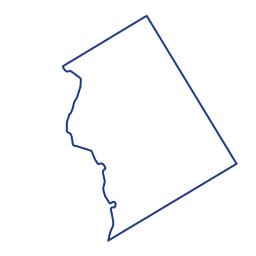 outline of Wichita, Texas, United States of America, rotated 239°
{"feature_id": "52423323B53531362245787", "entity_name": "Wichita", "entity_type": "district", "adm_level": 2, "iso_a3": "USA", "parent_name": "United States of America", "parent_adm1": "Texas", "projection": "mercator", "projection_center": [-98.689, 34.023], "detail": "fine", "context": "isolated", "style": "outline", "palette": "blue", "viewbox_px": 256, "rotation_deg": 239, "n_neighbors": 0, "source": "geoboundaries", "source_scale": "gbopen_adm2", "svg_char_len": 1070}
<svg xmlns="http://www.w3.org/2000/svg" viewBox="0 0 256 256"><g transform="rotate(239 128 128)"><path d="M214.4,201.8L214.6,198.7L214.5,104.3L213.9,103.8L212.8,103.6L211.6,103.5L209.0,104.0L208.1,104.5L207.8,104.9L207.2,106.0L207.1,107.0L207.0,107.5L206.1,108.3L197.6,111.9L195.3,112.7L193.9,112.6L188.1,108.7L180.2,99.8L179.4,97.9L177.6,94.9L172.8,90.2L170.3,86.7L169.8,84.7L165.8,80.1L164.2,78.5L156.8,73.9L155.5,74.1L153.9,75.1L153.5,75.3L152.9,75.5L151.3,75.6L149.7,75.3L145.1,73.5L142.7,72.4L141.1,72.4L140.3,72.9L138.6,74.9L127.4,84.8L125.2,84.6L118.9,83.7L118.4,83.5L112.9,83.7L112.5,84.0L112.1,84.7L112.0,85.6L111.2,87.0L110.4,87.8L108.0,88.3L105.5,88.1L104.6,87.2L104.7,86.4L104.3,85.1L103.9,84.5L102.7,83.5L94.1,80.6L89.2,75.8L87.2,74.8L81.3,73.3L73.3,73.5L72.7,73.7L72.5,74.3L72.4,77.0L71.8,78.1L71.0,78.5L69.2,78.3L67.5,76.7L67.0,75.9L67.0,75.3L67.9,74.0L68.2,73.0L68.1,72.2L67.6,71.6L55.7,67.3L52.8,65.6L52.0,64.9L51.2,63.9L49.8,61.9L49.6,61.3L45.7,56.9L42.3,53.8L41.7,53.4L41.4,202.6L214.4,201.8Z" fill="none" stroke="#1e3a8a" stroke-width="2"/></g></svg>